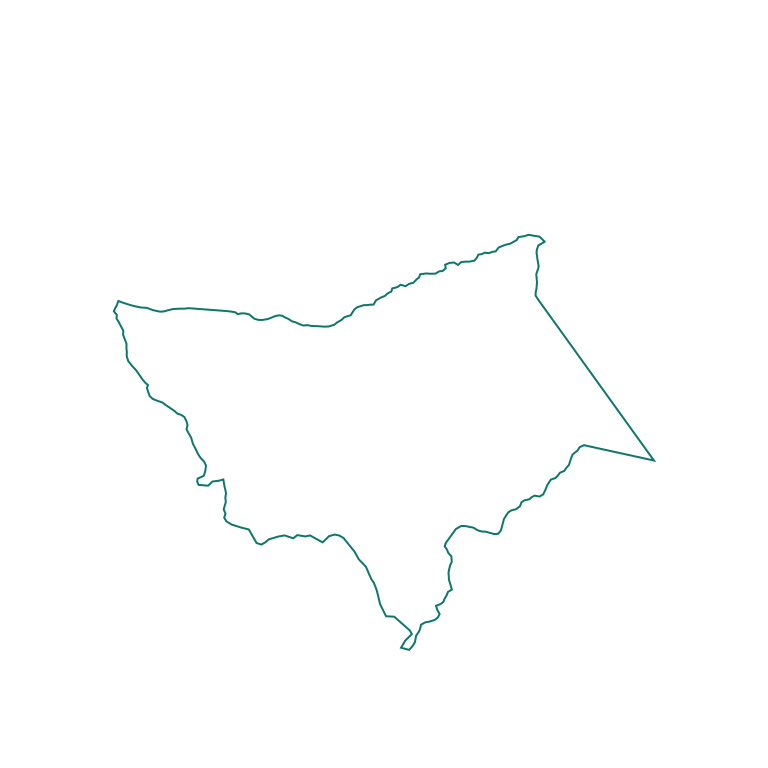 Coronel Sapucaia, Mato Grosso do Sul, Brazil, rotated 304°
{"feature_id": "56859067B59177050807498", "entity_name": "Coronel Sapucaia", "entity_type": "district", "adm_level": 2, "iso_a3": "BRA", "parent_name": "Brazil", "parent_adm1": "Mato Grosso do Sul", "projection": "orthographic", "projection_center": [-55.397, -23.331], "detail": "fine", "context": "isolated", "style": "outline", "palette": "teal", "viewbox_px": 768, "rotation_deg": 304, "n_neighbors": 0, "source": "geoboundaries", "source_scale": "gbopen_adm2", "svg_char_len": 3742}
<svg xmlns="http://www.w3.org/2000/svg" viewBox="0 0 768 768"><g transform="rotate(304 384 384)"><path d="M304.3,117.4L299.6,118.5L296.3,118.8L293.2,119.4L291.9,123.9L288.7,125.6L287.0,129.5L284.5,134.1L282.4,138.1L279.0,140.1L276.5,143.6L273.3,148.1L269.7,150.4L267.0,152.7L263.0,155.3L259.9,159.3L258.0,165.5L256.7,171.0L255.0,175.5L253.5,179.1L252.4,182.2L251.5,185.6L251.2,188.9L248.2,189.6L246.0,192.4L243.0,196.4L242.3,200.6L243.5,206.2L244.8,210.6L244.5,214.4L244.5,220.7L244.5,225.1L243.9,229.4L245.0,233.1L245.0,236.9L242.5,241.3L240.0,244.1L236.0,245.6L233.8,249.7L231.7,254.1L227.5,259.1L225.4,263.1L223.7,266.1L221.9,269.1L220.1,273.4L219.1,278.2L216.8,282.1L211.6,284.6L207.0,285.9L201.5,282.4L198.7,283.6L196.7,286.8L201.4,295.1L207.2,296.3L211.4,301.1L215.0,304.2L210.4,308.5L207.5,311.7L205.1,314.1L201.1,316.0L197.6,318.9L193.1,320.3L190.3,321.3L188.0,325.0L183.8,326.3L182.0,330.1L182.2,336.0L185.0,345.5L187.8,353.3L180.9,367.3L182.3,372.1L186.1,374.0L191.0,375.5L198.9,382.1L202.9,386.3L205.3,395.0L210.2,396.6L213.7,404.1L217.1,407.4L218.4,421.7L227.3,423.6L231.7,427.5L233.4,431.7L233.7,436.6L228.5,453.4L224.6,461.0L222.4,471.2L217.4,479.0L215.0,482.9L213.6,486.6L210.6,491.0L208.4,493.9L199.2,504.0L192.6,515.6L194.3,518.4L196.8,522.6L195.5,532.8L194.1,543.3L192.3,546.9L183.2,545.1L174.9,545.6L177.6,553.5L182.7,554.2L187.3,554.0L193.2,551.4L198.7,551.4L201.6,550.7L205.2,549.3L209.2,551.3L212.2,554.3L216.7,558.0L220.7,559.2L224.5,558.7L226.6,554.3L229.2,551.2L233.3,554.0L236.7,555.1L239.6,554.3L243.8,554.1L247.3,553.3L251.5,555.2L254.9,551.2L258.0,547.3L260.6,545.4L263.6,543.0L267.3,541.4L270.7,540.2L274.5,539.6L278.9,536.1L279.8,532.0L282.1,528.4L283.3,525.1L287.2,524.1L292.2,524.3L297.9,524.5L304.0,524.7L309.5,527.4L311.9,531.2L313.2,534.5L314.9,538.5L315.1,543.6L316.4,547.6L318.4,550.8L319.9,555.3L321.2,559.2L323.5,562.3L327.6,562.8L331.2,561.8L334.6,560.5L339.0,559.0L342.8,558.8L347.1,558.8L350.6,560.3L354.0,563.5L358.9,565.1L362.8,564.1L366.0,565.4L369.5,568.8L372.9,569.8L375.6,571.2L377.7,575.9L381.5,577.7L385.9,577.1L391.5,575.9L398.1,575.8L401.9,578.7L404.9,579.3L408.9,579.5L412.6,582.0L416.8,582.1L420.3,582.6L427.4,580.5L431.2,579.8L434.1,580.7L437.0,581.7L441.0,581.5L445.1,584.0L471.5,650.6L539.6,466.2L542.0,460.3L544.8,458.5L548.3,457.1L553.8,454.0L556.8,451.6L560.2,448.8L564.0,447.8L567.8,446.6L570.2,444.4L573.0,441.6L575.6,439.4L577.9,437.2L581.0,435.5L585.4,434.5L588.0,435.9L591.8,437.6L592.6,433.5L593.1,430.3L591.7,427.5L590.2,424.2L588.6,420.5L584.8,417.5L581.0,413.3L577.5,413.5L574.3,411.9L570.8,410.1L567.5,407.0L564.6,404.9L561.4,402.8L556.4,402.4L553.9,399.7L551.0,397.7L549.2,394.0L546.4,392.5L544.1,389.9L540.4,390.4L536.9,390.0L533.1,386.3L531.3,383.5L528.4,379.9L524.1,378.8L523.9,374.1L521.0,370.6L517.1,368.0L514.3,370.5L510.6,369.4L508.0,366.6L504.3,365.0L501.3,360.8L499.2,357.1L495.2,352.6L492.0,353.5L488.9,352.5L484.3,351.7L480.9,348.7L477.1,347.2L475.6,342.3L471.8,340.9L467.8,337.4L464.7,338.4L461.5,336.5L457.4,335.4L453.4,332.8L448.9,330.6L444.0,330.9L442.1,328.3L439.7,325.5L437.9,323.0L435.2,320.9L432.6,318.8L429.4,317.8L425.9,317.8L422.4,318.0L419.7,315.7L416.9,313.7L413.2,312.9L409.1,310.8L405.2,309.6L400.5,305.7L398.0,302.2L394.7,296.4L391.6,291.5L389.9,287.5L387.4,284.5L386.3,280.2L385.7,276.2L384.5,272.6L384.5,268.5L383.9,264.8L383.7,261.5L382.2,258.5L379.1,255.5L376.2,253.7L372.7,251.2L368.8,247.0L367.0,244.2L365.6,240.0L366.0,236.7L366.3,233.1L364.7,229.1L362.7,226.1L360.2,223.8L360.2,220.3L358.7,217.1L356.9,213.5L337.6,179.6L334.6,176.1L331.9,172.1L328.0,167.0L324.0,163.4L321.0,160.9L318.7,157.8L316.0,151.1L314.5,144.8L311.3,139.3L309.4,134.5L307.6,129.6L305.5,122.5L304.3,117.4Z" fill="none" stroke="#0f766e" stroke-width="2"/></g></svg>